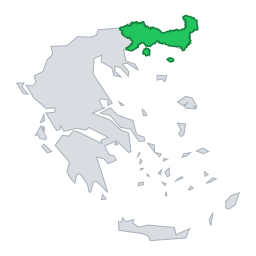 Anatolikis Makedonias kai Thr*, Anatoliki Makedonia kai Thraki, Greece (highlighted)
{"feature_id": "26713481B84884565940454", "entity_name": "Anatolikis Makedonias kai Thr*", "entity_type": "district", "adm_level": 2, "iso_a3": "GRC", "parent_name": "Greece", "parent_adm1": "Anatoliki Makedonia kai Thraki", "projection": "mercator", "projection_center": [25.319, 41.071], "detail": "fine", "context": "in_parent", "style": "filled", "palette": "green", "viewbox_px": 256, "rotation_deg": 0, "n_neighbors": 0, "source": "geoboundaries", "source_scale": "gbopen_adm2", "svg_char_len": 9107}
<svg xmlns="http://www.w3.org/2000/svg" viewBox="0 0 256 256"><path d="M183.6,16.9L196.4,20.5L197.5,27.4L189.9,33.0L190.5,41.3L184.2,49.8L158.2,41.4L150.1,46.1L141.9,43.0L131.7,50.7L123.4,49.8L126.1,61.1L135.1,64.2L138.5,70.3L127.3,63.1L122.5,64.1L128.7,71.4L128.2,76.4L120.9,67.7L114.7,66.3L114.9,71.4L121.1,76.7L113.9,75.6L111.8,67.9L101.0,61.7L101.7,55.2L94.1,58.4L93.1,74.0L112.2,103.0L107.7,105.4L107.9,100.2L101.6,98.6L99.5,100.2L100.7,103.2L102.8,107.8L105.4,107.6L92.5,113.2L110.2,120.1L121.4,130.3L128.7,132.9L131.0,151.4L128.8,152.5L116.7,140.8L104.6,145.9L108.8,154.4L113.9,155.7L116.4,160.2L107.9,163.7L104.1,158.9L96.6,156.9L107.8,192.4L96.4,181.2L93.5,181.7L90.5,192.4L88.9,191.5L87.5,184.2L79.9,173.6L76.6,174.9L75.0,183.1L71.0,179.0L67.0,171.9L69.5,162.0L55.1,145.5L62.3,135.4L68.9,136.1L73.2,131.1L76.6,131.3L101.6,143.3L100.9,140.2L108.4,137.5L88.7,127.5L86.1,130.2L76.9,128.3L64.1,131.3L60.5,125.8L59.7,129.6L56.6,130.5L45.9,113.0L54.8,112.3L55.0,107.8L46.2,108.5L33.8,97.9L26.0,85.1L32.4,86.1L35.9,81.9L34.1,76.0L43.0,71.3L46.9,60.2L52.7,54.1L51.0,46.4L66.8,45.7L77.6,36.7L90.6,37.1L96.6,35.1L98.1,29.8L120.1,27.9L131.0,23.0L143.0,22.2L149.6,29.0L162.0,32.8L179.4,30.5L184.9,27.9L183.6,16.9ZM125.7,221.6L133.9,219.7L132.4,222.8L138.7,227.2L148.3,225.1L174.4,227.5L176.0,234.7L189.7,228.6L185.7,238.0L150.3,240.6L147.9,235.8L141.6,233.5L119.0,230.4L118.4,221.6L121.1,222.3L122.8,217.8L125.7,221.6ZM110.4,107.8L117.3,115.0L132.9,120.5L136.7,134.7L144.2,137.1L144.6,141.2L138.9,141.3L130.6,129.1L120.5,127.3L110.2,115.4L100.3,113.1L110.4,107.8ZM192.0,97.8L196.3,105.2L196.5,107.8L194.0,106.3L195.5,109.0L185.5,108.0L184.2,106.1L188.4,102.2L183.2,105.6L177.3,102.1L185.6,96.3L192.0,97.8ZM229.1,209.0L225.8,208.1L225.8,201.3L230.9,195.7L239.2,192.8L235.4,204.7L229.1,209.0ZM183.8,134.7L181.3,136.6L178.6,133.9L181.1,130.3L177.4,123.0L185.5,124.1L183.8,134.7ZM40.6,126.3L46.4,137.2L45.7,139.6L39.6,138.4L37.7,134.2L35.1,136.0L40.6,126.3ZM28.0,94.4L23.0,93.4L16.8,83.1L24.1,82.9L22.0,86.5L28.0,94.4ZM166.8,75.8L164.7,81.7L161.9,78.8L157.1,80.2L157.0,75.3L166.8,75.8ZM202.7,148.1L208.7,151.4L203.2,153.6L196.4,151.0L202.7,148.1ZM149.6,54.4L146.3,55.6L143.0,51.9L148.2,48.5L149.6,54.4ZM43.9,144.2L51.7,151.5L47.2,152.9L42.0,146.7L43.9,144.2ZM169.6,175.6L167.3,176.8L164.8,172.3L169.1,168.2L169.6,175.6ZM154.3,145.0L154.5,152.0L147.7,143.2L154.3,145.0ZM213.0,212.5L210.8,225.6L209.1,219.6L213.0,212.5ZM44.5,120.8L40.4,122.7L44.0,114.0L44.5,120.8ZM106.2,198.9L101.4,199.7L102.4,194.4L106.2,198.9ZM206.0,183.4L212.8,177.8L216.4,178.8L211.2,181.7L206.0,183.4ZM182.1,157.3L183.6,153.9L190.5,152.6L186.7,156.0L182.1,157.3ZM161.6,169.7L160.6,174.8L158.2,173.4L161.6,169.7ZM161.3,154.0L159.5,156.8L155.4,152.5L161.3,154.0ZM147.0,115.2L143.6,115.9L142.2,109.5L144.2,110.7L147.0,115.2ZM173.2,60.8L170.3,61.7L167.1,58.9L170.2,57.8L173.2,60.8ZM143.4,182.2L143.3,184.8L138.0,185.7L138.8,182.8L143.4,182.2ZM183.0,177.7L174.7,181.4L181.4,176.6L183.0,177.7ZM140.0,153.4L137.1,157.4L139.4,152.3L140.0,153.4ZM167.5,159.2L163.4,161.1L163.6,158.6L167.5,159.2ZM193.3,188.0L189.9,190.3L188.4,189.2L190.9,186.2L193.3,188.0ZM208.3,174.5L205.2,176.3L204.4,171.7L208.3,174.5ZM142.0,161.3L139.4,164.3L140.7,159.1L142.0,161.3ZM44.2,127.0L44.4,131.4L42.1,126.1L44.2,127.0ZM166.0,183.7L164.9,185.6L162.2,182.4L166.0,183.7ZM123.9,105.0L120.9,105.6L119.1,101.9L123.9,105.0ZM117.9,144.3L115.8,145.1L114.5,144.2L116.2,142.2L117.9,144.3ZM143.3,168.3L140.6,170.3L141.0,168.5L143.3,168.3ZM166.1,191.6L166.8,195.9L165.1,195.2L166.1,191.6ZM149.3,176.2L147.1,175.9L147.2,173.8L149.3,176.2Z" fill="#d9dde1" stroke="#a8b0b8" stroke-width="1"/><path d="M126.2,48.8L127.3,49.6L129.1,50.3L130.9,50.8L131.8,50.8L133.3,50.1L134.7,49.1L137.0,47.7L138.3,47.2L138.2,47.0L137.7,47.2L137.6,46.4L137.8,46.3L138.2,46.4L138.3,46.2L138.2,46.0L137.8,45.7L137.8,45.4L137.9,45.2L138.1,45.2L138.5,44.6L139.4,44.3L139.8,43.5L140.2,43.4L140.4,43.6L140.7,43.1L141.5,43.2L141.8,42.9L142.7,42.6L143.9,42.8L144.3,43.7L144.7,44.4L145.4,45.1L145.8,46.1L146.8,45.6L147.6,45.8L147.8,46.1L147.4,46.1L147.5,46.2L148.1,46.3L149.4,46.0L150.3,46.5L150.4,46.4L150.9,45.7L152.3,44.3L153.9,43.6L154.6,43.5L155.2,43.6L155.4,42.7L155.5,42.5L157.0,41.2L157.9,41.0L158.8,41.2L159.1,41.4L159.1,42.0L158.7,42.4L158.8,42.7L159.7,42.9L160.0,43.3L161.0,43.2L161.9,43.4L162.3,43.9L162.5,43.5L162.9,43.5L163.2,43.2L164.3,43.2L164.8,43.4L165.3,44.3L167.2,44.7L168.6,45.3L168.6,45.6L169.8,46.0L170.7,45.7L173.8,46.4L176.6,46.3L178.3,46.7L179.1,46.4L180.2,46.7L180.7,47.0L181.3,47.6L181.5,48.3L182.0,48.2L182.3,49.1L182.2,49.7L182.3,49.9L182.1,50.2L182.2,50.4L183.4,50.5L184.6,50.0L184.7,49.6L184.7,49.0L185.4,47.8L186.6,47.3L186.7,47.0L187.0,46.8L187.0,46.5L186.7,46.4L186.7,45.9L187.1,45.8L187.2,45.0L187.3,45.0L187.3,45.3L187.4,45.6L187.4,45.2L187.8,45.3L187.9,44.5L188.2,44.1L188.2,44.5L188.5,44.8L188.9,44.8L189.2,44.5L188.8,43.9L188.8,43.6L189.3,43.6L189.8,43.1L190.7,43.0L190.6,42.7L189.8,41.8L189.9,41.5L190.5,41.3L190.9,40.5L189.9,39.7L189.9,39.4L189.5,38.7L189.5,38.3L190.0,37.8L190.0,37.5L189.9,37.4L189.3,37.4L189.3,37.1L189.7,36.9L190.0,36.2L189.3,35.4L189.4,35.0L189.8,34.6L189.7,34.1L189.9,33.4L189.6,33.1L189.6,32.7L190.0,32.3L191.1,32.6L191.9,32.5L192.8,31.5L193.5,31.4L193.4,30.8L194.0,30.6L194.2,30.4L194.3,29.9L194.8,29.8L195.1,29.5L195.8,29.6L196.3,30.1L196.8,30.1L197.6,29.3L197.8,27.9L197.7,26.9L197.2,26.6L197.2,25.3L196.9,24.8L197.0,24.0L196.7,23.0L197.0,22.4L196.7,21.9L196.9,21.2L196.8,20.9L196.9,20.5L196.7,20.2L196.1,20.2L195.1,19.8L194.0,18.7L194.2,18.4L194.0,18.0L193.5,18.1L192.8,17.5L192.4,17.7L191.5,17.4L191.2,17.3L190.9,16.7L189.9,16.5L189.4,16.7L188.8,16.6L187.9,16.3L187.3,15.7L186.9,15.9L186.3,15.8L185.9,15.6L185.9,15.4L185.7,15.4L184.6,16.0L184.2,16.6L183.5,16.5L183.1,16.9L183.0,17.3L183.1,17.9L183.0,18.4L183.4,19.0L183.7,19.0L183.8,19.6L184.4,19.6L185.0,19.4L185.0,20.1L185.4,20.3L185.2,22.1L185.9,22.1L186.1,22.6L186.1,23.4L185.8,23.9L185.8,24.3L185.4,24.4L185.3,24.6L185.5,25.0L186.0,25.3L186.4,26.0L185.9,26.3L185.5,26.8L185.6,27.2L185.5,27.6L185.2,28.2L184.9,28.3L184.9,28.7L184.7,29.0L184.0,28.9L183.8,29.1L183.8,29.3L183.6,29.3L182.3,29.2L181.6,29.4L181.4,30.0L180.7,30.3L179.8,30.2L178.8,30.7L178.4,30.7L178.0,30.5L178.0,29.9L177.6,29.9L177.4,29.6L176.8,29.3L176.6,29.6L175.9,29.8L175.7,30.2L175.4,30.2L175.2,30.0L174.9,30.3L174.1,30.3L174.0,31.1L173.9,31.2L172.5,30.4L171.3,30.8L170.0,30.3L169.6,30.6L169.2,31.7L168.8,31.5L168.5,31.4L167.7,31.4L166.7,31.7L166.6,32.1L165.4,32.4L165.0,32.3L164.1,32.9L163.2,32.8L162.7,33.1L162.2,32.8L161.5,32.7L161.1,31.5L160.2,30.9L160.1,30.5L158.9,30.1L158.7,29.8L158.7,29.4L158.4,29.4L158.0,29.7L157.5,29.4L156.9,28.7L154.9,28.3L154.3,27.9L153.9,27.9L153.2,27.2L152.7,27.3L152.4,27.7L152.1,27.8L151.7,27.5L150.8,27.4L150.9,27.9L150.7,29.0L150.4,29.3L150.0,28.9L149.4,28.6L148.9,28.0L148.5,26.9L147.9,26.7L147.5,26.8L147.2,26.6L146.7,26.9L146.7,26.3L146.4,26.2L145.4,26.6L145.1,26.0L145.1,25.5L145.0,25.1L144.4,24.8L144.1,24.0L144.2,23.5L143.7,22.6L143.9,22.2L143.2,21.6L142.7,22.0L142.0,22.1L141.6,22.4L141.6,23.0L141.2,23.2L140.9,23.0L140.3,23.0L140.1,22.7L139.8,22.6L139.5,22.8L139.0,23.4L138.3,23.1L137.5,23.6L137.2,23.1L137.4,22.6L137.0,22.2L136.6,21.9L136.7,21.6L136.3,21.5L135.5,22.3L135.0,22.3L135.0,22.5L134.6,22.9L134.6,23.3L134.3,23.5L134.1,23.4L133.7,22.7L133.0,22.8L132.9,22.6L132.5,22.6L132.2,22.2L131.6,22.5L131.5,22.9L131.1,23.2L131.3,23.9L131.2,24.5L131.5,25.1L130.8,25.7L130.2,25.5L130.0,25.1L129.8,25.5L128.8,26.1L128.1,25.7L128.1,25.3L127.4,24.6L127.2,24.9L127.2,25.4L126.7,25.7L126.2,25.8L125.9,25.7L125.3,26.1L124.4,26.2L124.1,26.8L123.6,27.5L123.2,27.3L121.7,27.3L121.1,27.1L120.5,27.6L120.4,28.1L120.2,28.3L119.8,28.3L119.9,28.7L119.8,29.0L120.0,29.3L120.1,30.1L120.6,30.4L121.9,30.4L122.2,30.8L122.4,31.3L122.0,31.6L121.7,32.6L122.1,33.0L121.9,33.5L122.2,33.7L122.6,33.7L122.4,34.1L122.4,34.6L122.7,34.7L123.1,34.6L123.6,35.1L123.8,35.6L124.2,35.9L124.4,36.3L124.8,36.3L125.5,36.8L126.0,36.8L126.8,37.5L127.3,37.5L127.6,37.9L127.6,38.2L128.4,38.3L128.8,37.5L129.4,37.3L129.6,37.8L129.8,37.8L130.3,38.3L130.4,38.1L130.6,38.6L130.4,38.8L130.5,39.5L130.9,39.5L130.9,39.8L131.1,39.8L131.2,40.0L131.6,40.2L132.0,40.7L132.6,41.0L132.5,41.5L132.2,42.1L132.5,42.7L131.9,43.4L132.2,43.9L132.1,44.1L131.9,44.2L131.5,43.8L131.0,44.0L131.3,44.8L130.6,44.8L130.3,44.9L130.3,45.2L129.4,45.9L129.3,46.3L128.9,46.5L128.6,47.0L128.2,47.1L127.9,47.4L126.8,47.5L126.6,47.8L126.0,48.1L126.3,48.6L126.2,48.8ZM146.9,48.6L146.4,48.0L145.1,48.8L144.6,49.5L144.1,49.3L144.0,50.1L143.4,51.0L143.2,51.6L143.2,51.9L142.8,52.7L142.9,53.4L143.1,53.7L143.3,54.0L144.5,54.0L144.9,54.2L145.3,54.6L145.6,55.4L146.2,55.5L146.2,55.8L146.7,55.8L147.7,55.0L148.8,54.8L149.2,54.4L149.4,54.3L149.6,54.7L149.7,54.2L149.3,52.4L149.8,52.0L149.7,51.4L149.3,51.2L149.2,50.8L149.3,50.4L149.8,50.4L149.9,50.2L149.6,49.9L149.1,49.9L148.7,49.5L148.4,49.2L148.4,48.8L148.2,48.6L147.6,48.9L146.9,48.6ZM170.2,58.0L169.1,58.1L168.4,58.4L167.7,59.1L167.2,59.3L167.4,59.7L168.6,60.8L169.5,61.2L170.1,61.8L171.0,61.9L173.5,60.9L173.4,60.5L173.6,59.5L172.5,58.5L170.2,58.0Z" fill="#22c55e" stroke="#15803d" stroke-width="1.5"/></svg>